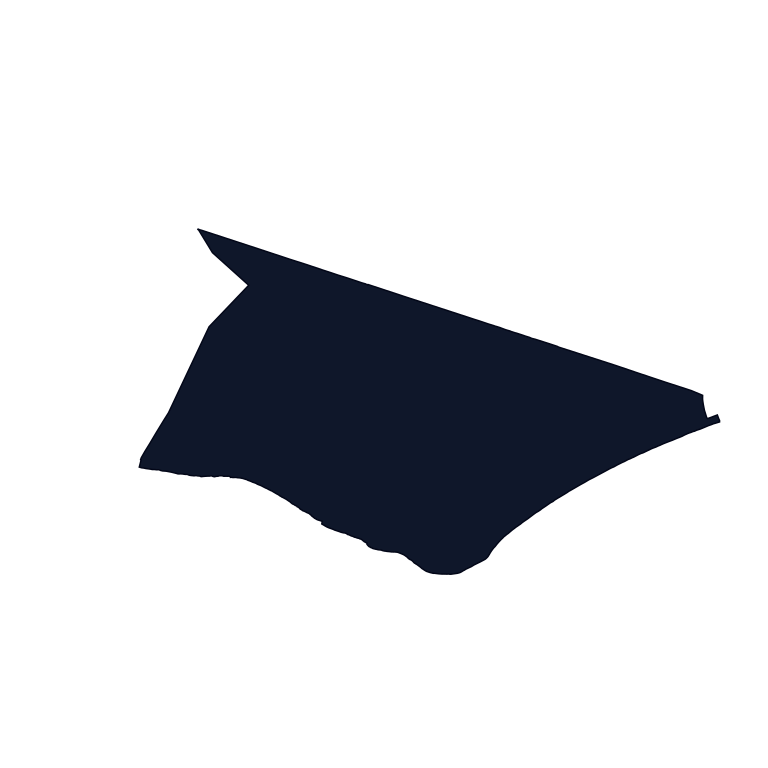 Lapmežciema pag., Engures, Latvia, rotated 142°
{"feature_id": "27541924B41002773283615", "entity_name": "Lapmežciema pag.", "entity_type": "district", "adm_level": 2, "iso_a3": "LVA", "parent_name": "Latvia", "parent_adm1": "Engures", "projection": "mercator", "projection_center": [23.484, 56.997], "detail": "fine", "context": "isolated", "style": "filled", "palette": "ink", "viewbox_px": 768, "rotation_deg": 142, "n_neighbors": 0, "source": "geoboundaries", "source_scale": "gbopen_adm2", "svg_char_len": 6087}
<svg xmlns="http://www.w3.org/2000/svg" viewBox="0 0 768 768"><g transform="rotate(142 384 384)"><path d="M145.9,189.6L161.7,213.0L178.0,237.6L190.0,255.9L223.7,305.6L224.3,307.0L228.9,313.9L232.6,319.3L237.3,326.2L239.5,329.0L240.6,331.1L243.3,335.0L244.5,336.9L248.4,342.7L248.6,342.9L249.0,343.4L251.7,347.4L252.0,348.1L253.9,350.7L254.8,352.0L256.4,354.6L257.9,357.1L259.9,360.0L260.9,361.3L261.6,362.5L264.7,366.9L266.8,370.1L270.3,375.4L272.8,379.0L314.1,440.4L335.4,472.3L336.0,472.2L336.4,473.1L337.0,474.4L338.7,476.7L339.6,478.0L347.0,489.2L349.4,492.7L353.3,498.3L357.5,504.7L362.3,511.8L371.4,525.6L381.3,540.1L395.9,562.0L433.0,617.3L434.2,618.9L435.1,620.5L435.5,620.3L435.2,619.8L438.3,593.1L429.8,545.1L486.6,536.8L571.5,494.0L579.3,491.2L594.2,485.6L605.2,481.3L614.1,478.0L620.7,475.3L622.4,474.2L622.2,473.7L626.3,470.5L628.0,469.2L626.7,467.3L624.9,465.5L623.7,464.0L622.2,462.5L619.9,460.1L619.5,459.5L618.9,459.0L617.5,457.9L616.6,457.0L615.9,456.3L614.6,455.4L614.0,454.8L613.8,454.5L613.4,453.6L612.7,452.7L612.1,451.9L610.3,450.3L609.4,449.5L605.8,445.4L603.6,442.6L602.5,441.2L602.1,440.5L601.4,439.8L601.0,439.4L599.8,438.6L598.0,437.0L597.1,436.0L596.3,435.2L594.8,434.0L594.1,432.9L593.7,432.1L593.5,431.9L592.4,430.7L590.7,429.1L590.2,428.6L588.9,427.8L588.3,427.4L587.8,426.7L585.9,424.9L585.6,424.6L585.5,424.2L585.3,423.8L584.9,423.4L583.1,422.3L581.0,420.9L579.0,419.5L578.4,419.0L577.6,418.5L576.6,418.1L576.4,417.7L576.1,417.1L575.1,415.7L574.7,415.3L573.9,414.9L573.3,414.7L572.0,413.8L570.9,413.2L570.4,413.1L569.7,412.7L568.7,411.8L567.9,411.4L567.5,410.4L566.2,409.3L565.2,408.6L564.2,407.7L563.5,407.3L562.9,406.7L562.7,406.5L562.4,405.8L562.2,405.4L562.2,405.2L562.4,404.9L562.2,404.8L561.6,404.3L560.8,403.5L559.8,402.7L558.7,401.9L558.0,401.3L556.9,400.1L555.5,398.9L553.4,396.5L552.1,394.6L551.0,393.1L550.4,391.7L549.7,390.7L549.1,389.7L548.5,388.6L548.0,387.6L546.8,385.8L546.0,384.5L545.7,383.6L545.4,382.9L544.6,381.5L543.9,380.4L543.3,379.3L542.4,377.3L541.9,376.2L541.3,374.9L540.7,373.9L540.3,373.1L540.0,372.2L539.3,370.8L538.8,369.7L538.1,368.5L537.8,367.6L536.9,365.3L536.2,363.5L535.5,362.0L535.1,360.8L534.9,359.9L534.5,359.1L534.2,358.3L534.0,357.5L533.5,356.8L532.8,355.1L532.6,354.7L532.0,353.3L531.0,350.1L530.7,349.5L530.6,349.1L530.6,348.7L530.2,346.9L530.1,346.4L530.0,346.0L529.8,345.6L529.1,344.3L528.8,343.4L528.8,343.1L528.7,342.9L528.6,342.7L528.3,342.4L528.1,342.1L528.0,341.6L527.9,341.3L528.0,340.7L527.9,340.5L527.4,339.8L527.2,339.0L527.1,338.6L527.1,338.1L527.1,337.7L527.1,337.4L527.0,337.1L526.9,336.7L526.5,335.8L526.3,335.3L526.2,334.6L526.1,334.3L525.1,332.7L524.5,331.5L524.1,330.5L523.8,329.9L523.1,328.7L522.7,327.9L522.6,327.3L522.5,326.6L522.3,326.0L522.2,325.3L522.2,324.5L521.8,323.0L521.3,320.8L520.9,320.1L520.6,319.1L520.0,317.9L517.2,313.8L519.2,312.0L518.9,311.2L518.5,310.3L518.3,309.8L518.0,308.9L517.0,306.5L516.1,304.8L513.5,300.7L512.9,299.4L510.4,295.7L509.1,293.6L508.4,292.7L507.7,291.8L506.4,290.5L505.7,289.3L505.5,288.8L505.5,288.4L505.2,287.6L504.4,286.7L503.3,284.3L502.8,283.8L502.1,282.6L502.0,282.3L501.7,281.7L501.2,281.0L500.7,280.5L500.3,279.7L499.8,279.0L498.9,277.9L498.6,277.5L498.5,277.0L498.2,276.7L497.9,276.3L497.7,275.9L497.3,275.0L497.1,274.3L497.0,273.4L496.7,272.5L496.7,272.0L496.5,271.6L495.9,270.2L495.5,269.1L495.5,268.9L495.8,268.6L496.1,268.2L496.1,267.5L496.0,265.8L495.8,264.9L495.5,264.3L495.1,263.5L495.1,263.2L494.9,263.0L494.7,262.7L494.1,261.3L493.9,261.0L492.3,259.0L491.0,257.5L490.9,257.2L489.7,256.1L488.9,255.3L488.4,254.8L488.2,254.5L488.0,254.0L487.0,252.7L486.0,251.6L485.3,251.0L484.9,250.4L483.8,249.4L483.1,248.7L482.2,247.9L482.0,247.6L481.3,246.9L480.6,246.4L480.1,245.9L479.6,245.5L479.1,245.2L478.4,244.5L477.4,243.6L477.1,243.2L476.8,242.9L476.5,242.5L476.0,241.6L475.1,240.1L474.0,238.1L473.5,237.1L473.2,236.3L472.4,233.6L472.3,233.2L472.3,232.6L472.2,231.9L472.1,231.4L472.0,230.8L471.8,230.3L471.5,229.5L471.1,228.9L470.7,227.9L470.6,227.2L470.5,226.6L470.4,226.0L470.4,225.2L470.3,224.5L470.3,224.2L469.8,223.3L469.8,223.1L469.7,222.6L469.3,221.8L469.1,221.1L468.0,217.1L467.7,215.3L467.1,213.6L466.8,212.6L466.2,211.0L465.8,210.1L465.4,209.5L463.8,207.1L462.3,205.2L461.7,204.5L460.8,203.8L459.7,202.7L457.8,200.8L455.5,198.7L453.8,197.4L452.1,196.0L451.4,195.4L450.2,194.6L449.0,193.4L448.5,193.0L446.1,191.6L443.5,190.1L442.8,189.7L441.9,189.3L440.7,188.8L439.7,188.5L438.6,188.3L436.5,188.1L435.1,187.8L433.6,187.7L431.8,187.3L427.5,186.3L426.4,186.2L424.5,186.0L419.7,185.0L418.4,184.7L417.3,184.5L413.9,183.9L412.7,183.7L411.8,183.6L410.5,183.7L409.6,183.8L408.9,183.9L408.1,184.1L405.9,184.9L404.7,185.4L402.2,186.3L400.1,186.9L398.0,187.4L396.8,187.5L395.5,187.8L394.0,188.2L391.0,188.8L387.1,189.4L385.5,189.5L383.9,189.8L381.4,189.8L380.0,189.9L378.5,189.8L377.3,189.8L376.7,189.9L376.0,189.9L375.3,189.9L373.5,190.0L370.9,190.0L370.1,189.9L368.8,190.0L367.3,189.9L366.0,189.8L364.0,189.7L362.8,189.6L360.4,189.7L358.1,189.6L355.3,189.4L353.8,189.3L346.3,189.2L343.4,189.1L340.8,188.7L338.1,188.5L336.7,188.6L331.4,188.2L329.1,188.1L325.6,187.9L324.3,187.6L323.0,187.4L321.2,187.5L317.4,187.1L314.6,186.7L312.0,186.4L309.7,186.1L306.0,185.7L304.5,185.7L302.9,185.4L298.6,184.8L290.7,183.7L286.5,183.0L281.6,182.4L276.7,181.4L266.2,179.6L263.9,179.2L258.4,178.3L256.9,178.0L255.6,177.7L253.9,177.2L250.5,176.7L248.8,176.4L247.9,176.2L244.4,175.5L242.6,175.0L241.5,174.8L238.0,174.2L236.6,173.7L233.4,173.0L232.5,172.7L226.5,171.6L224.2,171.0L223.5,170.8L222.9,170.5L222.3,170.3L220.0,169.8L213.9,168.5L211.9,168.0L208.5,166.9L206.2,166.4L204.2,165.8L202.8,165.5L200.4,164.9L196.3,163.7L191.2,162.1L188.9,161.5L186.0,160.7L184.2,160.1L181.3,159.3L178.5,158.8L174.9,157.9L173.6,157.5L172.0,156.9L169.8,156.3L168.3,155.6L166.1,155.1L162.6,153.8L157.9,152.5L154.1,151.5L150.9,150.4L148.7,149.8L147.6,149.3L142.9,147.5L142.0,148.7L141.8,149.9L140.4,154.4L150.3,157.5L150.4,158.9L148.9,162.8L147.7,166.0L144.9,171.5L143.3,174.3L142.3,175.9L139.9,178.9L145.9,189.6Z" fill="#0f172a" stroke="#020617" stroke-width="1.5"/></g></svg>